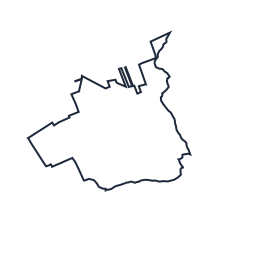 outline of Ciénega de Zimatlán, Oaxaca, Mexico, rotated 325°
{"feature_id": "50627088B24953100637846", "entity_name": "Ciénega de Zimatlán", "entity_type": "district", "adm_level": 2, "iso_a3": "MEX", "parent_name": "Mexico", "parent_adm1": "Oaxaca", "projection": "orthographic", "projection_center": [-96.761, 16.893], "detail": "fine", "context": "isolated", "style": "outline", "palette": "slate", "viewbox_px": 256, "rotation_deg": 325, "n_neighbors": 0, "source": "geoboundaries", "source_scale": "gbopen_adm2", "svg_char_len": 3542}
<svg xmlns="http://www.w3.org/2000/svg" viewBox="0 0 256 256"><g transform="rotate(325 128 128)"><path d="M120.1,58.9L118.3,61.1L111.8,59.3L111.7,59.6L118.2,61.4L109.1,69.6L109.0,69.9L103.5,68.5L103.2,68.4L101.0,67.9L100.4,70.8L99.2,77.5L96.8,86.5L86.6,84.1L86.2,85.9L74.9,83.7L68.9,83.5L69.0,80.4L69.0,80.1L58.4,79.7L40.4,78.9L40.5,79.1L40.4,79.7L40.0,84.2L39.8,87.4L39.8,87.6L39.7,89.9L39.7,90.3L39.6,93.6L39.2,103.4L39.1,105.1L39.1,105.3L38.9,112.3L39.9,112.7L43.4,113.6L43.9,113.5L44.0,114.0L43.6,116.2L43.8,116.2L45.1,116.5L46.4,116.8L47.3,116.9L48.1,117.1L48.6,117.2L49.2,117.3L49.7,117.5L50.3,117.6L50.9,117.7L51.4,117.8L51.9,118.0L55.2,118.6L55.4,118.6L65.2,120.6L65.2,120.8L65.3,125.7L63.9,134.0L61.7,145.7L62.6,146.2L66.7,147.2L70.1,151.0L70.7,155.2L70.4,159.7L72.7,163.3L74.8,165.0L73.9,166.3L75.0,166.5L76.0,166.9L77.0,167.5L78.9,168.2L80.1,168.4L81.7,168.4L83.3,168.4L85.1,168.7L86.3,169.2L88.3,169.9L90.7,170.7L92.2,171.0L93.6,171.5L95.6,171.9L97.0,172.8L99.2,173.4L100.1,174.0L100.7,174.8L101.2,175.3L101.5,175.8L101.9,176.5L102.4,176.9L104.0,177.2L104.6,177.6L105.3,177.8L106.1,178.3L107.1,178.2L108.6,178.5L111.9,180.0L114.5,181.9L116.2,183.6L118.1,185.5L119.2,186.0L120.3,186.8L121.0,187.5L121.8,188.7L123.5,190.3L124.6,190.8L126.2,191.6L127.9,192.9L130.1,194.7L136.4,196.9L140.0,197.1L141.8,197.0L144.1,196.7L144.9,196.1L145.6,194.6L146.6,192.9L147.4,192.0L148.4,191.5L149.3,191.5L150.3,191.9L150.5,191.0L150.4,189.5L150.4,188.0L150.7,185.7L151.4,183.6L151.4,182.7L152.5,183.3L155.6,183.4L157.3,181.1L158.4,181.6L162.6,183.6L163.8,185.3L165.2,180.4L165.2,178.6L165.7,176.5L167.1,174.0L167.1,172.6L166.8,170.9L166.1,169.1L165.8,167.0L166.6,163.5L166.4,160.8L166.7,157.4L168.6,153.5L168.8,152.2L170.0,149.9L170.8,148.3L171.3,146.9L171.3,144.8L171.7,142.6L171.9,140.3L171.7,139.0L171.1,137.3L170.6,130.7L170.7,130.3L170.7,129.9L170.6,129.1L170.6,128.6L170.5,128.2L170.6,127.8L170.6,127.4L170.7,127.0L170.8,126.6L170.7,126.1L170.7,125.8L170.7,125.4L170.8,125.0L170.9,124.6L171.0,124.2L171.2,123.8L171.4,123.5L171.7,123.1L171.9,122.7L172.1,122.3L172.6,122.0L172.7,121.7L173.9,121.6L174.3,121.2L174.6,120.9L174.9,120.7L175.3,120.3L175.8,120.0L176.2,119.7L176.1,119.2L178.3,119.2L179.5,119.1L180.1,118.9L181.0,118.7L182.3,118.6L182.8,118.4L183.4,118.1L184.6,118.0L184.9,117.6L185.1,117.2L185.3,116.8L185.4,116.4L185.4,116.1L185.5,115.6L185.7,115.0L185.8,114.4L186.1,114.0L186.3,113.4L186.2,112.9L186.5,112.4L186.7,112.1L187.0,111.7L187.5,111.3L188.1,110.7L188.4,110.3L188.7,109.9L189.6,110.2L190.6,110.0L191.5,109.9L191.6,105.7L190.4,102.5L190.0,99.4L187.6,97.3L185.8,94.1L186.8,90.4L188.2,88.6L193.4,86.7L194.4,84.9L195.7,84.0L197.5,83.0L198.3,82.8L199.2,82.7L200.3,82.5L200.9,82.3L201.5,82.1L202.0,82.0L203.3,81.4L203.7,81.2L204.5,80.1L206.3,79.7L206.4,79.8L208.3,79.8L209.1,79.3L210.3,77.1L217.1,73.9L214.5,73.4L213.7,73.3L196.1,70.2L192.4,83.6L191.6,85.1L191.3,86.3L191.2,86.7L185.2,85.2L184.5,85.0L177.1,83.0L176.8,83.0L173.5,82.4L173.4,82.4L167.7,102.5L167.6,102.4L161.0,100.0L160.8,100.0L159.2,106.0L155.8,105.3L155.4,105.2L157.4,97.0L156.1,96.5L156.2,96.3L161.0,77.0L160.8,77.0L160.7,76.9L160.4,76.9L160.2,76.8L155.4,96.1L152.2,94.8L152.3,94.6L156.9,75.2L154.5,74.4L149.9,92.9L146.0,86.7L144.7,84.4L145.4,81.3L145.1,81.1L144.7,81.0L144.3,80.8L143.6,80.5L143.3,80.3L143.0,80.2L142.7,80.0L142.4,79.8L142.1,79.7L141.7,79.6L141.4,79.4L141.1,79.2L140.4,79.0L140.1,78.8L139.8,78.7L139.5,78.6L139.2,78.5L138.9,78.4L138.2,78.0L136.6,83.7L132.6,82.8L132.3,82.7L120.1,58.9Z" fill="none" stroke="#1e293b" stroke-width="2"/></g></svg>